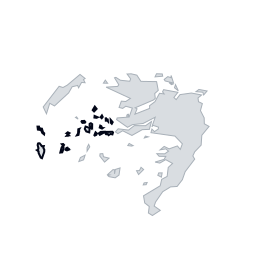 Notioy Aigaioy, Notio Aigaio, Greece shown in context, rotated 132°
{"feature_id": "26713481B52894455575268", "entity_name": "Notioy Aigaioy", "entity_type": "district", "adm_level": 2, "iso_a3": "GRC", "parent_name": "Greece", "parent_adm1": "Notio Aigaio", "projection": "natural_earth1", "projection_center": [26.069, 36.671], "detail": "medium", "context": "in_parent", "style": "outline", "palette": "ink", "viewbox_px": 256, "rotation_deg": 132, "n_neighbors": 0, "source": "geoboundaries", "source_scale": "gbopen_adm2", "svg_char_len": 5539}
<svg xmlns="http://www.w3.org/2000/svg" viewBox="0 0 256 256"><g transform="rotate(132 128 128)"><path d="M167.6,48.9L176.7,51.3L177.5,56.0L172.1,59.7L172.5,65.4L168.0,71.1L149.4,65.4L143.6,68.6L137.8,66.5L130.4,71.7L124.5,71.2L126.3,78.8L132.8,80.9L135.2,85.1L127.2,80.2L123.8,80.9L128.2,85.9L127.8,89.4L122.6,83.4L118.1,82.4L118.2,85.9L122.7,89.5L117.5,88.8L116.0,83.5L108.3,79.3L108.9,74.8L103.4,77.0L102.6,87.7L116.1,107.8L112.8,109.5L113.0,105.9L108.5,104.8L107.0,105.9L107.8,107.9L109.3,111.2L111.2,111.0L101.8,115.0L114.5,119.8L122.6,127.0L127.8,128.8L129.4,142.1L127.8,142.8L119.1,134.5L110.3,138.1L113.3,144.2L117.0,145.1L118.7,148.4L112.5,150.9L109.8,147.4L104.4,146.0L112.3,171.6L104.0,163.5L102.0,163.8L99.7,171.6L98.5,170.9L97.6,165.6L92.1,158.0L89.7,158.9L88.5,164.8L85.6,161.9L82.8,156.8L84.7,149.6L74.4,137.8L79.8,130.7L84.5,131.2L87.7,127.6L90.1,127.8L108.2,136.2L107.7,134.1L113.1,132.1L98.9,125.0L97.0,126.9L90.4,125.6L81.1,127.8L78.5,123.9L78.0,126.5L75.7,127.2L68.1,114.8L74.6,114.3L74.7,111.2L68.4,111.7L59.6,104.3L54.2,95.4L58.8,96.1L61.3,93.2L60.1,89.1L66.6,85.8L69.5,78.2L73.8,74.1L72.6,68.8L84.0,68.3L91.8,62.2L101.1,62.5L105.4,61.1L106.5,57.6L122.2,56.3L130.1,53.0L138.6,52.4L143.3,57.0L152.1,59.6L164.6,58.0L168.5,56.3L167.6,48.9ZM125.2,193.0L131.2,191.6L130.1,193.9L134.7,197.1L141.7,195.6L160.8,197.4L162.0,202.7L172.0,198.1L169.1,205.1L143.1,207.1L141.4,203.4L136.8,201.8L120.3,199.5L119.9,193.0L121.8,193.5L123.1,190.2L125.2,193.0ZM114.7,111.2L119.7,116.3L130.9,120.1L133.6,130.1L139.0,131.8L139.3,134.8L135.2,134.8L129.2,126.2L122.0,124.9L114.6,116.5L107.4,114.9L114.7,111.2ZM173.6,104.2L176.8,109.4L176.9,111.2L175.1,110.2L176.2,112.0L169.0,111.3L168.0,110.0L171.1,107.3L167.3,109.7L163.0,107.2L169.0,103.2L173.6,104.2ZM200.8,183.7L198.4,183.1L198.4,178.1L202.1,174.0L208.1,171.9L205.4,180.6L200.8,183.7ZM167.7,130.2L165.9,131.5L163.9,129.6L165.8,127.0L163.1,121.9L169.0,122.6L167.7,130.2ZM64.1,124.2L68.2,131.9L67.7,133.6L63.2,132.8L61.9,129.8L60.1,131.1L64.1,124.2ZM55.5,101.8L51.9,101.1L47.6,94.0L52.8,93.9L51.3,96.3L55.5,101.8ZM155.5,89.0L154.0,93.1L152.0,91.0L148.5,92.0L148.4,88.6L155.5,89.0ZM181.4,139.7L185.8,142.1L181.8,143.6L176.9,141.7L181.4,139.7ZM143.2,74.2L140.8,75.1L138.5,72.6L142.2,70.3L143.2,74.2ZM66.3,136.9L71.9,142.1L68.6,143.1L64.9,138.7L66.3,136.9ZM157.4,159.4L155.7,160.3L153.9,157.0L157.0,154.1L157.4,159.4ZM146.4,137.5L146.5,142.5L141.6,136.2L146.4,137.5ZM189.1,186.3L187.5,195.9L186.2,191.5L189.1,186.3ZM67.0,120.4L64.0,121.7L66.7,115.5L67.0,120.4ZM111.1,176.3L107.6,176.9L108.4,173.1L111.1,176.3ZM183.9,165.1L188.8,161.0L191.4,161.7L187.7,163.9L183.9,165.1ZM166.5,146.3L167.6,143.8L172.6,142.9L169.8,145.4L166.5,146.3ZM151.5,155.2L150.9,158.9L149.1,157.8L151.5,155.2ZM151.4,143.9L150.1,145.9L147.1,142.8L151.4,143.9ZM141.2,116.4L138.7,116.8L137.7,112.4L139.1,113.3L141.2,116.4ZM160.1,78.6L158.0,79.3L155.7,77.3L158.0,76.6L160.1,78.6ZM138.3,164.2L138.2,166.1L134.4,166.7L135.0,164.7L138.3,164.2ZM167.2,160.9L161.1,163.6L166.0,160.1L167.2,160.9ZM135.9,143.5L133.8,146.3L135.5,142.7L135.9,143.5ZM155.9,147.6L152.9,149.0L153.0,147.2L155.9,147.6ZM174.6,168.4L172.2,170.1L171.0,169.3L172.9,167.1L174.6,168.4ZM185.5,158.6L183.3,160.0L182.7,156.6L185.5,158.6ZM137.4,149.1L135.4,151.3L136.4,147.5L137.4,149.1ZM66.7,124.7L66.8,127.8L65.3,124.0L66.7,124.7ZM154.8,165.3L154.0,166.7L152.0,164.3L154.8,165.3ZM124.5,109.2L122.4,109.7L121.0,107.0L124.5,109.2ZM120.0,137.0L118.4,137.6L117.5,136.9L118.7,135.5L120.0,137.0ZM138.3,154.2L136.3,155.6L136.6,154.3L138.3,154.2ZM154.8,171.0L155.3,174.1L154.1,173.7L154.8,171.0ZM142.6,159.9L141.0,159.6L141.1,158.2L142.6,159.9Z" fill="#d9dde1" stroke="#a8b0b8" stroke-width="1"/><path d="M208.0,171.7L201.8,174.3L200.1,175.7L199.4,177.7L197.8,178.5L199.2,179.8L198.5,183.4L199.4,184.6L199.1,184.9L201.2,183.7L202.9,181.0L204.3,180.3L205.4,180.8L205.2,178.8L206.4,177.7L208.4,173.0L208.0,171.7ZM158.5,156.7L157.2,153.9L153.6,156.5L155.3,160.5L157.6,159.5L158.5,156.7ZM144.1,137.0L143.2,135.3L141.4,136.1L141.2,137.0L146.5,142.7L147.2,140.7L146.3,140.6L146.8,139.6L145.9,138.9L146.3,137.7L144.1,137.0ZM188.9,186.1L188.0,186.7L187.9,188.5L186.1,191.5L187.0,192.7L187.2,194.2L186.5,195.1L187.5,196.2L189.5,193.9L187.7,191.2L189.0,188.5L188.9,186.1ZM191.5,161.9L190.1,160.6L186.2,162.2L184.7,164.0L183.4,164.2L183.3,165.5L184.3,166.3L184.5,164.5L186.9,164.3L191.5,161.9ZM147.7,142.9L146.7,143.2L149.2,145.7L151.5,146.1L151.9,144.4L147.7,142.9ZM151.5,155.1L149.1,157.2L149.3,158.8L150.5,159.3L151.8,158.3L152.6,155.3L151.3,155.9L151.5,155.1ZM138.4,164.3L136.0,164.2L137.1,165.5L136.6,165.9L134.7,164.7L134.3,167.0L138.3,166.2L138.4,164.3ZM135.7,142.9L133.9,143.3L133.5,146.4L135.6,144.4L135.7,142.9ZM166.3,160.2L163.0,162.2L163.2,163.0L161.1,163.5L162.2,164.1L165.4,161.5L167.6,161.1L166.3,160.2ZM185.5,158.4L182.5,156.9L184.2,158.3L183.6,158.2L183.1,159.8L184.0,160.4L185.8,159.9L185.5,158.4ZM153.0,163.6L152.2,163.7L151.9,165.2L153.8,167.0L154.4,166.8L154.7,165.3L153.0,163.6ZM136.4,148.4L136.5,147.4L135.2,148.8L135.8,150.1L135.2,151.6L137.4,149.4L136.4,148.4ZM173.1,167.0L173.1,167.7L173.7,167.6L173.5,168.4L171.0,168.1L171.5,169.9L172.8,170.1L172.4,169.4L172.8,168.6L174.8,168.4L173.1,167.0ZM153.9,147.1L152.9,147.4L152.9,149.2L155.8,148.2L155.8,147.6L154.6,147.1L154.2,147.8L153.9,147.1ZM146.6,149.3L145.8,146.9L144.9,146.7L145.3,147.2L144.5,149.1L144.8,150.2L146.6,149.3ZM140.3,157.7L141.4,160.9L142.7,159.9L141.5,158.2L140.3,157.7ZM138.3,154.1L136.7,154.2L136.1,155.8L138.3,155.6L138.3,154.1Z" fill="none" stroke="#020617" stroke-width="2"/></g></svg>